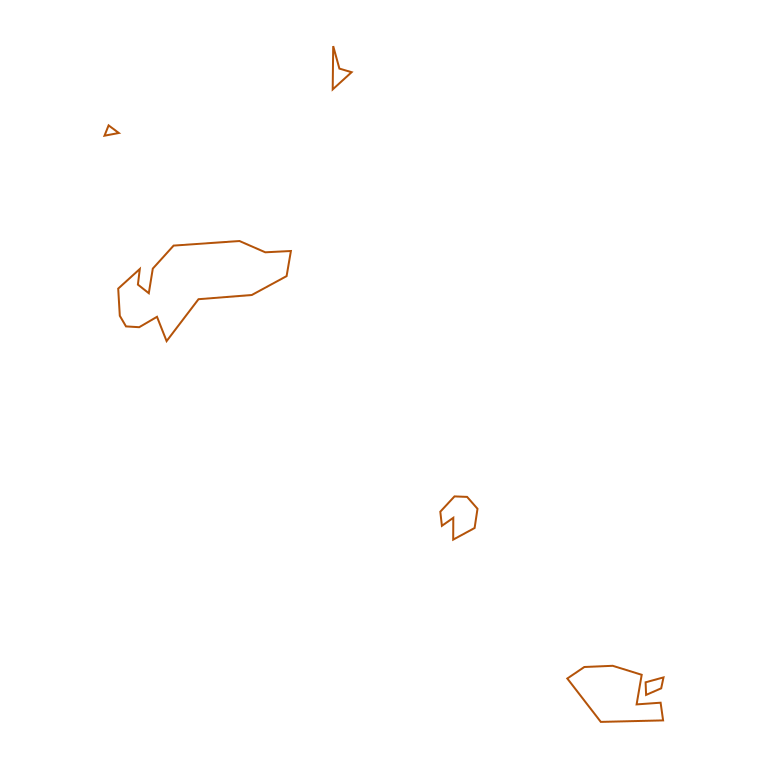 SVG path tracing the border of Temotu
{"feature_id": "SLB-1934", "entity_name": "Temotu", "entity_type": "Province", "adm_level": 1, "iso_a3": "SLB", "parent_name": "Solomon Islands", "parent_adm1": "", "projection": "orthographic", "projection_center": [166.516, -11.046], "detail": "coarse", "context": "isolated", "style": "outline", "palette": "amber", "viewbox_px": 768, "rotation_deg": 0, "n_neighbors": 0, "source": "natural_earth", "source_scale": "10m", "svg_char_len": 727}
<svg xmlns="http://www.w3.org/2000/svg" viewBox="0 0 768 768"><path d="M290.9,251.0L286.6,276.1L251.8,295.0L198.5,299.2L166.6,341.1L157.0,316.8L139.2,327.2L126.0,326.4L119.8,315.8L118.2,288.6L139.8,269.0L137.9,284.6L148.8,293.2L152.8,268.6L173.6,245.6L239.4,241.0L265.3,252.3L290.9,251.0ZM641.7,674.8L636.6,704.4L660.6,702.7L663.1,720.4L600.8,721.9L567.3,678.5L584.3,667.0L612.7,665.8L641.7,674.8ZM474.6,528.0L453.2,539.6L453.3,517.8L441.9,525.8L440.3,511.7L454.5,496.4L467.1,496.9L477.5,508.8L474.6,528.0ZM339.4,68.6L351.6,72.2L332.7,89.4L333.2,46.1L339.4,68.6ZM663.5,677.4L661.2,688.3L646.1,694.9L645.6,682.3L663.5,677.4ZM118.8,133.0L104.5,135.7L108.6,125.4L118.8,133.0Z" fill="none" stroke="#b45309" stroke-width="2"/></svg>